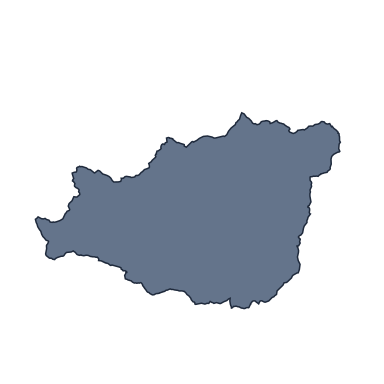 outline of Zlatna, Alba, Romania, rotated 115°
{"feature_id": "2599482B73731992881180", "entity_name": "Zlatna", "entity_type": "district", "adm_level": 2, "iso_a3": "ROU", "parent_name": "Romania", "parent_adm1": "Alba", "projection": "orthographic", "projection_center": [23.215, 46.13], "detail": "fine", "context": "isolated", "style": "filled", "palette": "slate", "viewbox_px": 384, "rotation_deg": 115, "n_neighbors": 0, "source": "geoboundaries", "source_scale": "gbopen_adm2", "svg_char_len": 5975}
<svg xmlns="http://www.w3.org/2000/svg" viewBox="0 0 384 384"><g transform="rotate(115 192 192)"><path d="M282.9,322.4L285.5,320.3L286.6,318.9L288.7,317.1L290.7,314.1L291.4,312.5L293.8,310.4L295.4,308.3L296.1,306.4L297.4,303.8L297.1,301.9L297.5,301.1L299.8,300.9L301.5,301.3L302.2,301.2L304.8,299.8L310.0,298.5L311.2,297.3L312.2,293.3L311.4,291.2L311.8,289.9L311.3,287.9L310.0,287.6L308.2,286.3L305.6,283.5L304.7,281.8L303.7,281.2L301.5,280.9L299.8,280.2L297.4,276.1L295.6,274.7L295.6,274.4L295.9,273.8L296.0,272.4L297.2,269.9L297.2,268.5L296.9,267.1L296.0,266.1L296.2,265.9L295.5,263.1L294.1,261.3L293.4,259.5L293.3,258.2L293.4,257.0L292.8,255.3L292.9,255.1L291.9,252.8L291.7,251.3L291.1,250.4L291.5,249.2L292.2,248.1L293.6,247.7L292.7,244.9L292.9,243.8L292.6,243.4L292.9,242.6L292.7,242.2L292.9,241.0L292.9,240.5L292.6,240.4L292.6,238.9L292.4,238.6L292.3,237.8L293.0,235.0L292.7,234.3L292.0,233.7L290.7,225.9L290.7,224.4L291.8,223.6L292.0,223.2L291.8,222.4L291.9,222.0L292.5,221.4L292.4,220.7L291.6,219.5L291.8,217.6L292.4,217.2L292.7,218.0L293.7,217.6L296.0,217.8L298.9,215.7L298.6,213.8L298.8,212.7L298.4,211.3L298.5,210.8L298.2,209.5L298.8,208.0L298.9,205.8L298.2,204.7L298.0,203.4L297.1,202.3L296.9,201.3L295.8,200.2L295.9,199.3L296.9,197.6L297.1,197.6L297.8,197.0L298.2,195.8L298.7,195.3L299.1,194.3L299.4,194.2L299.9,192.9L301.2,190.8L301.5,189.8L301.3,188.5L301.8,187.3L302.0,184.5L301.2,183.0L299.2,181.6L299.0,181.0L298.6,180.5L298.6,180.3L297.7,179.0L297.2,178.9L297.2,178.6L295.1,176.6L295.0,176.2L294.4,176.1L294.0,175.2L293.3,174.6L292.0,174.0L291.3,172.8L289.5,171.3L289.0,170.5L289.1,169.7L288.3,167.9L288.2,166.7L287.1,163.1L287.1,162.0L286.7,160.9L286.2,160.2L285.6,158.2L285.6,157.5L285.3,157.1L286.1,154.8L287.0,153.3L287.5,150.8L288.8,148.2L289.9,147.2L291.1,144.6L290.8,143.3L291.1,142.7L292.3,142.0L292.3,141.2L288.8,136.4L288.1,132.9L286.5,131.3L285.9,129.7L283.5,129.3L283.7,127.6L283.5,126.2L283.7,125.1L281.9,123.1L281.3,119.5L280.9,118.9L277.9,116.7L275.7,114.6L273.4,113.6L272.2,112.5L274.7,111.7L277.5,109.8L278.8,108.6L279.0,108.2L280.5,107.2L279.7,106.4L278.1,106.0L277.8,105.2L276.8,103.8L276.6,101.9L276.1,100.4L276.3,99.7L276.3,98.5L276.2,97.8L275.9,97.1L275.7,95.6L275.1,94.7L274.1,94.0L273.4,93.1L273.0,91.8L272.6,91.6L269.7,91.6L269.1,91.3L268.2,91.8L267.3,91.3L265.8,91.2L264.9,90.5L264.2,89.2L264.1,88.5L264.7,87.0L264.8,85.8L265.2,84.3L262.4,84.3L261.9,84.1L261.1,82.8L261.2,80.0L260.8,78.9L258.3,76.4L253.7,74.8L252.3,73.5L251.0,73.2L249.2,72.1L245.7,73.1L238.0,70.2L235.4,70.2L234.1,68.2L233.2,67.6L227.8,65.5L225.9,65.6L224.6,65.2L221.0,62.6L220.4,61.6L217.0,61.9L211.9,63.5L209.3,66.7L206.3,69.0L201.7,70.0L200.0,70.7L197.4,72.8L197.3,73.4L196.6,74.0L195.7,72.6L192.5,72.4L191.8,73.4L189.1,73.9L188.8,74.2L188.9,75.1L188.2,75.7L188.0,76.4L187.6,76.6L186.0,76.1L185.0,75.1L182.3,74.5L177.5,75.7L175.4,75.9L171.1,74.9L169.4,75.8L167.7,75.8L165.9,76.2L161.9,75.4L161.9,75.9L161.4,76.7L160.9,77.1L158.7,77.7L157.4,78.4L156.6,79.5L156.9,80.4L156.4,80.8L155.3,80.7L154.9,80.1L150.7,80.0L145.9,83.4L143.8,84.4L141.8,84.7L141.4,85.2L140.2,85.9L136.4,86.0L134.7,87.2L133.3,87.3L132.4,88.1L131.7,89.6L131.3,90.0L128.6,91.3L128.1,91.1L127.4,89.7L126.2,88.4L125.9,87.4L124.9,85.8L124.5,84.3L122.6,83.7L121.7,82.8L121.2,83.0L119.7,81.1L119.0,80.5L117.1,77.9L115.5,77.7L113.3,76.5L112.3,76.6L111.4,77.2L107.9,77.6L103.5,79.9L100.7,80.4L98.0,79.5L94.5,76.9L93.4,75.4L92.7,75.2L90.8,77.3L86.4,78.9L84.1,78.6L83.6,79.5L82.8,80.1L79.5,81.7L78.7,82.5L77.0,83.4L76.9,83.9L77.0,84.6L76.1,84.8L75.0,87.4L74.4,90.4L73.2,92.7L73.9,93.1L71.8,96.1L73.2,97.9L73.5,100.1L72.6,101.7L73.2,104.1L74.4,105.0L75.8,105.3L77.3,106.6L78.8,109.0L81.3,110.4L82.2,112.6L83.2,114.1L84.9,114.4L88.3,116.4L88.4,117.7L91.5,122.3L92.4,122.3L94.6,123.4L96.2,125.0L96.4,128.8L95.6,130.2L95.1,130.3L94.0,129.8L93.5,129.9L93.1,130.4L92.5,131.5L92.6,133.1L92.1,136.2L91.6,137.6L92.0,139.4L92.0,140.3L92.4,141.6L92.3,143.6L91.4,145.2L91.8,145.9L95.0,148.1L96.9,150.1L95.5,151.2L95.5,153.3L96.0,155.0L97.0,156.2L97.9,157.7L99.0,158.9L101.3,159.4L102.2,159.9L103.5,161.5L103.3,163.6L104.0,164.5L104.0,166.3L102.6,168.2L101.3,171.7L101.2,174.1L99.2,177.7L99.2,180.4L102.0,180.3L106.1,179.7L108.1,180.6L109.0,180.6L110.6,181.5L112.6,181.2L117.5,183.6L121.5,184.6L125.4,184.7L127.9,186.0L128.1,187.3L133.1,193.5L133.8,194.8L133.7,196.9L134.7,201.6L136.8,205.2L140.3,208.0L143.1,209.4L146.1,211.7L145.9,212.6L146.6,213.4L153.8,216.1L153.6,218.5L152.4,219.0L152.3,219.4L152.9,223.6L152.9,225.1L153.7,226.6L152.3,232.1L151.9,232.1L152.2,234.0L152.7,234.9L152.4,235.4L152.6,236.5L153.9,237.9L157.3,235.7L158.7,237.0L160.5,237.0L160.7,238.7L161.8,239.4L162.8,239.5L164.5,239.2L165.7,238.4L166.6,238.6L169.0,240.0L169.7,241.0L172.1,240.7L172.6,240.3L173.1,240.8L174.3,240.8L175.2,239.8L175.9,239.7L180.1,241.5L181.7,241.7L184.4,243.3L185.8,242.0L187.5,241.1L188.1,241.1L189.9,242.6L191.8,244.6L194.5,245.5L195.7,246.3L198.8,247.2L199.9,248.1L200.6,249.7L201.4,250.1L202.4,250.2L203.5,251.5L204.6,253.4L204.4,254.1L205.5,258.0L206.4,259.2L208.5,260.0L209.5,262.0L210.3,261.3L212.5,261.1L214.0,263.0L216.0,267.1L215.4,269.0L213.7,271.5L213.0,273.7L212.9,276.1L213.4,280.6L212.0,284.4L212.0,285.9L212.2,286.4L215.8,288.2L216.0,288.6L214.7,293.6L215.3,295.7L214.8,297.8L215.4,302.5L216.2,303.7L216.1,304.7L217.4,305.5L217.6,306.0L218.5,306.6L219.3,306.6L220.7,305.6L222.4,305.3L223.0,305.5L223.8,307.0L225.5,308.6L226.4,308.0L229.8,304.9L231.5,305.2L232.5,305.0L232.6,304.6L232.4,304.2L233.8,301.7L235.5,301.4L236.5,300.8L237.1,298.7L237.0,297.3L237.6,295.5L238.0,295.1L239.4,295.0L239.9,294.6L240.4,293.4L241.8,292.6L245.1,294.1L245.6,295.1L246.2,297.1L250.6,297.0L254.4,298.5L257.1,298.2L259.4,295.5L260.5,295.4L262.3,297.1L264.0,297.2L265.0,297.7L270.9,297.7L273.7,299.6L276.6,302.6L277.8,304.3L277.8,305.2L278.5,305.7L279.2,307.8L278.0,309.7L278.4,312.2L278.0,314.0L279.2,315.3L279.8,317.2L279.6,321.0L281.4,321.5L282.9,322.4Z" fill="#64748b" stroke="#1e293b" stroke-width="1.5"/></g></svg>